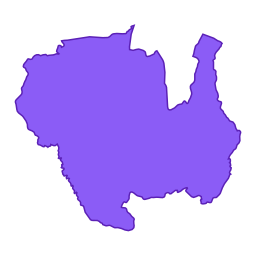 outline of Sipaliwini
{"feature_id": "SUR-69", "entity_name": "Sipaliwini", "entity_type": "District", "adm_level": 1, "iso_a3": "SUR", "parent_name": "Suriname", "parent_adm1": "", "projection": "albers", "projection_center": [-55.917, 3.687], "detail": "fine", "context": "isolated", "style": "filled", "palette": "violet", "viewbox_px": 256, "rotation_deg": 0, "n_neighbors": 0, "source": "natural_earth", "source_scale": "10m", "svg_char_len": 5762}
<svg xmlns="http://www.w3.org/2000/svg" viewBox="0 0 256 256"><path d="M235.6,148.8L233.7,150.1L232.3,152.4L230.3,154.8L229.5,156.1L228.4,158.9L229.7,158.7L230.3,159.5L230.4,160.7L230.3,161.9L229.7,162.4L229.5,162.7L230.3,163.2L230.7,165.3L230.5,165.7L229.9,166.1L230.2,166.8L230.8,167.5L231.1,167.6L231.1,168.4L230.7,170.1L229.8,171.5L229.5,172.7L229.6,173.1L230.7,174.1L230.0,174.4L229.7,174.9L228.4,178.3L224.4,183.8L222.4,187.7L220.3,193.2L219.4,194.5L216.7,197.2L216.1,197.5L214.0,197.6L212.9,198.2L211.4,202.0L210.8,202.5L209.7,202.6L207.8,202.1L207.0,202.2L206.1,203.3L205.1,203.6L202.9,203.9L201.9,203.7L201.2,203.4L201.1,201.8L200.6,200.5L200.9,199.5L201.6,199.4L201.7,199.0L201.3,197.8L201.3,196.7L200.3,196.0L199.1,195.5L198.1,195.6L196.3,196.5L193.6,197.4L191.5,196.6L186.0,191.3L185.8,190.8L186.0,190.0L187.0,188.9L187.4,188.2L187.1,187.7L186.1,187.8L183.9,188.7L182.7,189.4L180.6,191.2L178.1,192.3L177.7,192.3L177.3,191.8L177.5,190.8L177.2,190.3L175.3,190.4L170.9,193.8L169.6,193.7L169.0,192.9L168.1,192.6L167.1,192.7L166.2,193.1L165.2,194.0L164.8,196.0L164.3,196.9L162.7,197.6L160.7,197.5L158.6,197.3L156.6,197.2L153.4,197.5L151.2,197.4L149.1,198.3L144.8,199.4L143.7,199.2L143.1,198.7L142.0,197.0L141.5,196.8L137.6,195.8L136.7,195.3L133.7,192.9L132.4,192.2L131.1,192.0L130.5,192.3L130.1,192.6L129.7,193.5L129.1,195.9L129.1,198.4L128.8,199.3L126.7,202.2L126.1,202.5L125.5,202.4L124.5,201.9L123.8,202.1L123.1,203.0L122.2,204.6L121.6,206.2L121.4,207.2L122.0,207.6L124.5,207.8L125.5,208.0L126.5,209.0L127.0,211.2L127.8,212.4L129.8,213.8L131.7,216.4L133.6,218.0L134.0,218.6L134.2,219.3L133.7,221.0L133.8,223.5L134.1,225.7L133.8,227.7L132.1,229.5L128.4,230.6L124.9,229.9L121.5,228.5L117.9,227.6L115.2,227.7L114.4,227.6L110.3,225.5L109.2,225.3L106.5,225.8L105.7,225.7L102.8,224.6L102.3,223.4L101.8,223.1L100.7,222.7L99.8,222.0L99.5,221.5L97.4,220.5L92.0,220.4L90.5,219.7L85.2,212.2L83.8,206.9L83.1,205.8L80.8,205.1L80.6,204.6L80.6,202.6L80.0,201.3L78.0,199.6L77.6,198.6L78.1,197.2L77.8,196.7L76.9,195.8L76.4,194.6L76.9,192.8L76.4,192.3L75.3,193.1L74.5,193.4L74.2,192.9L74.5,191.0L74.4,190.6L72.7,188.5L72.7,187.6L73.1,186.2L72.7,185.5L71.6,186.1L71.1,185.8L70.8,183.6L70.2,182.6L68.8,181.1L68.5,180.4L69.1,179.1L69.3,178.5L68.7,178.2L66.6,178.7L66.3,177.6L67.2,175.6L66.8,175.3L64.6,176.0L63.9,175.8L63.5,174.7L63.0,174.5L62.1,171.1L63.5,169.8L64.1,169.0L63.8,168.2L62.0,168.0L61.3,167.6L62.0,166.4L61.7,164.8L61.9,164.6L62.7,164.6L62.8,164.4L62.5,162.9L62.0,161.6L61.0,160.8L60.5,159.8L61.3,158.1L61.0,157.8L60.1,158.5L59.6,158.6L59.0,158.5L58.4,158.1L58.9,157.3L59.0,156.6L58.3,154.7L58.8,152.2L58.1,150.7L58.6,149.6L58.8,147.7L58.6,146.9L57.2,144.1L55.5,145.5L54.0,145.7L50.8,144.5L50.8,145.5L50.4,146.0L48.9,146.4L47.9,147.2L47.6,146.7L46.4,146.4L45.4,145.7L44.7,145.6L44.1,146.7L43.6,146.7L43.0,146.6L40.4,145.1L38.3,144.6L37.9,144.0L37.5,142.8L37.9,141.0L37.8,139.9L38.6,138.3L38.7,137.3L37.8,136.3L36.3,135.4L35.4,135.2L34.6,133.7L34.2,132.3L32.1,130.9L29.4,129.8L28.4,129.2L27.8,128.2L27.5,127.0L27.4,124.5L27.1,123.5L26.0,120.9L23.2,116.8L22.3,115.8L18.6,112.9L17.3,111.2L16.8,109.2L16.1,104.5L15.4,102.1L15.5,101.0L16.2,99.8L21.0,94.9L21.7,94.0L22.0,92.9L22.1,91.5L21.5,88.8L21.7,87.8L23.4,85.5L23.9,83.7L24.9,81.3L25.8,79.7L26.7,76.9L27.7,75.4L28.1,74.5L28.2,73.4L27.8,72.5L26.3,70.6L25.5,68.3L23.7,67.2L23.3,66.4L23.7,64.6L24.6,63.3L26.3,61.3L27.5,59.4L27.9,59.0L28.6,58.9L30.3,59.4L31.7,59.2L32.3,58.7L33.1,57.2L34.6,55.7L36.5,54.8L38.5,54.7L40.7,55.7L43.1,54.8L45.8,54.5L47.3,55.7L49.0,55.3L53.3,54.9L54.7,54.5L56.2,53.9L57.0,53.8L58.3,54.1L58.9,53.8L56.9,51.9L56.6,51.3L56.9,50.0L57.7,48.1L58.1,46.5L58.4,45.7L59.1,45.4L60.0,45.5L60.7,45.7L61.2,46.2L61.5,47.3L63.2,46.5L63.9,45.9L64.2,45.1L63.8,44.0L61.9,41.7L61.6,40.8L64.3,40.4L67.5,40.2L89.6,36.8L102.9,37.7L108.0,37.5L109.7,36.6L111.8,34.6L112.6,34.1L113.7,33.8L116.9,33.5L122.3,33.8L125.7,33.6L126.2,33.4L127.2,31.5L128.2,31.2L129.3,29.8L131.5,28.6L131.6,28.0L131.1,27.1L131.1,26.6L131.9,26.1L134.1,25.4L131.2,34.2L129.5,46.7L129.6,49.6L132.8,50.3L133.4,50.3L136.1,49.5L138.5,49.1L139.6,49.3L143.1,50.4L144.4,51.2L145.1,51.8L145.4,52.4L145.8,54.6L146.2,55.8L146.7,56.3L147.4,56.5L149.8,56.0L153.8,54.1L154.4,53.6L154.7,52.6L155.6,51.4L156.9,50.8L162.5,59.6L163.3,61.3L163.9,63.4L164.9,72.4L164.5,83.5L165.2,84.4L165.9,85.6L166.5,87.3L167.6,106.8L168.0,108.6L168.3,109.2L169.3,109.9L170.4,109.9L171.0,109.8L174.6,107.9L177.5,105.2L178.1,104.8L179.4,104.4L181.7,104.0L182.2,103.6L183.7,101.5L184.1,101.1L184.6,101.0L185.0,101.2L185.6,101.7L186.6,103.2L187.1,103.5L187.6,103.3L188.1,102.8L189.0,100.4L190.4,97.9L191.7,94.1L191.6,92.3L190.4,88.2L190.4,86.2L191.1,84.9L193.0,83.2L194.0,82.1L194.6,80.8L194.8,79.5L194.8,74.0L195.8,71.8L196.3,69.3L197.4,66.8L197.8,64.2L199.0,61.9L198.9,60.7L198.1,59.1L196.6,57.7L192.9,56.3L193.8,53.7L194.4,50.5L195.5,46.2L195.8,45.8L196.2,45.3L198.1,43.6L198.5,43.1L199.1,41.3L202.9,34.2L213.7,38.2L217.6,40.7L219.5,41.4L220.8,42.1L222.1,43.4L221.5,44.3L220.9,46.5L219.7,47.5L219.1,48.8L216.1,52.2L215.1,53.9L214.6,55.7L215.1,57.9L215.0,58.7L213.3,60.0L213.0,60.6L213.5,61.9L213.5,68.8L213.7,69.5L215.2,70.3L215.9,71.3L215.7,74.7L216.4,76.5L216.5,77.1L216.5,79.4L216.3,80.3L215.2,82.4L215.0,83.8L216.0,89.7L217.7,93.2L218.2,95.6L218.2,97.0L217.3,99.0L217.5,100.0L218.2,100.7L218.8,101.2L220.7,101.7L221.3,102.1L221.5,103.3L220.4,106.9L220.4,108.3L221.0,109.2L222.8,110.9L223.2,111.4L223.8,113.3L225.3,114.9L226.7,117.4L227.7,118.0L228.0,118.4L229.1,120.1L229.6,120.8L230.6,121.3L232.5,121.9L233.1,122.2L234.8,124.6L235.9,128.5L237.2,130.4L237.3,130.8L239.0,130.4L239.5,130.6L240.3,131.4L240.6,132.1L240.6,132.9L240.1,134.2L239.7,136.5L239.9,140.7L239.0,142.9L237.0,145.0L236.2,147.8L235.6,148.8Z" fill="#8b5cf6" stroke="#5b21b6" stroke-width="1.5"/></svg>